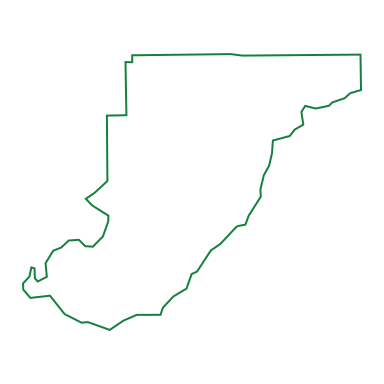 the district of Monroe, Alabama, United States of America
{"feature_id": "52423323B79437263897554", "entity_name": "Monroe", "entity_type": "district", "adm_level": 2, "iso_a3": "USA", "parent_name": "United States of America", "parent_adm1": "Alabama", "projection": "robinson", "projection_center": [-87.413, 31.53], "detail": "fine", "context": "isolated", "style": "outline", "palette": "green", "viewbox_px": 384, "rotation_deg": 0, "n_neighbors": 0, "source": "geoboundaries", "source_scale": "gbopen_adm2", "svg_char_len": 910}
<svg xmlns="http://www.w3.org/2000/svg" viewBox="0 0 384 384"><path d="M87.9,322.1L109.7,329.9L123.7,320.5L136.7,314.9L160.5,314.8L163.0,307.5L173.6,296.3L186.5,288.6L191.6,274.1L197.1,271.5L210.8,250.5L220.6,243.7L236.5,226.7L238.3,226.0L245.4,224.6L248.8,215.5L260.8,196.6L260.4,189.6L263.8,175.3L269.1,165.7L272.0,153.3L272.9,140.5L289.7,136.0L294.7,129.6L303.3,124.6L301.4,112.0L305.2,105.9L315.5,108.5L328.9,105.8L332.5,102.3L344.5,98.3L350.2,93.2L361.0,90.0L360.5,54.6L242.5,55.6L230.8,54.1L132.2,55.3L132.2,62.2L125.5,62.1L126.4,115.2L106.9,115.6L107.4,181.0L94.4,193.0L85.8,198.8L92.1,205.4L108.4,215.7L108.2,221.6L102.9,236.5L92.8,246.7L85.3,246.2L78.8,239.8L68.8,240.5L61.1,247.6L53.2,250.7L45.6,263.1L46.8,276.8L37.7,281.5L34.9,278.2L34.5,268.3L31.4,267.4L29.4,276.6L23.0,283.5L23.3,289.7L30.4,297.9L50.0,295.7L64.6,314.1L81.6,322.7L87.9,322.1Z" fill="none" stroke="#15803d" stroke-width="2"/></svg>